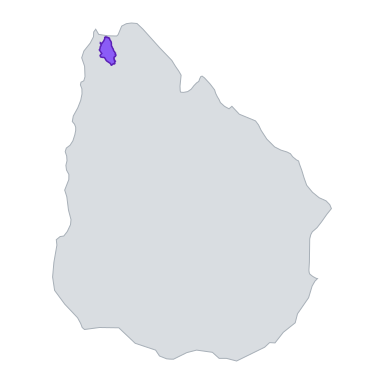 Tomás Gomensoro, Artigas, Uruguay (highlighted)
{"feature_id": "84410073B21516970861413", "entity_name": "Tomás Gomensoro", "entity_type": "district", "adm_level": 2, "iso_a3": "URY", "parent_name": "Uruguay", "parent_adm1": "Artigas", "projection": "equal_earth", "projection_center": [-57.351, -30.496], "detail": "fine", "context": "in_parent", "style": "filled", "palette": "violet", "viewbox_px": 384, "rotation_deg": 0, "n_neighbors": 0, "source": "geoboundaries", "source_scale": "gbopen_adm2", "svg_char_len": 3033}
<svg xmlns="http://www.w3.org/2000/svg" viewBox="0 0 384 384"><path d="M317.5,278.6L314.9,281.2L312.1,286.1L308.6,297.7L297.5,313.8L295.2,322.8L283.3,332.3L275.0,342.9L269.6,342.6L264.7,347.2L236.6,361.0L226.6,358.4L219.2,358.4L212.4,352.3L196.6,350.1L186.8,352.6L173.5,359.2L169.5,359.1L166.6,358.8L159.5,356.0L155.6,350.1L135.2,343.3L118.8,327.8L99.4,327.5L84.5,329.5L82.2,327.5L80.7,323.5L77.6,317.8L64.7,304.1L54.6,290.4L52.6,277.0L53.9,262.4L56.9,245.1L56.3,239.7L60.1,236.6L63.8,236.0L67.3,231.5L70.5,224.7L71.0,219.6L68.5,210.1L66.8,196.7L64.7,190.1L68.8,179.6L68.9,174.5L66.5,170.0L65.9,165.4L67.0,160.7L66.7,156.1L65.2,151.7L66.3,148.1L70.1,145.2L72.9,140.8L74.8,134.9L75.7,130.4L75.7,127.3L74.6,124.3L72.3,121.5L73.3,116.0L77.8,107.8L80.7,100.4L82.0,94.0L81.9,88.8L80.4,84.9L81.0,82.2L83.8,80.8L85.0,76.7L84.6,66.3L81.7,57.8L83.9,51.0L90.2,43.1L93.5,36.8L93.7,32.0L95.7,29.2L98.7,34.4L107.7,35.8L116.7,36.0L118.1,34.7L121.7,26.1L126.3,23.7L131.4,23.0L137.0,23.5L142.9,29.1L159.5,47.6L171.8,60.4L175.5,66.4L178.7,71.0L181.1,75.2L180.0,86.1L180.2,90.9L180.7,92.2L183.5,92.4L187.7,91.6L191.2,89.2L193.9,85.7L196.6,82.9L198.8,81.4L199.6,79.0L200.8,76.6L202.1,76.1L204.5,77.9L210.2,84.1L214.6,89.9L215.6,93.2L217.3,96.7L219.1,99.7L220.4,102.6L224.6,106.4L229.0,108.8L231.9,106.3L239.3,114.2L255.5,120.9L258.5,124.9L261.2,130.5L266.8,139.1L274.6,146.9L280.9,150.1L287.0,152.0L290.4,153.7L292.6,156.7L296.3,159.8L298.6,161.0L299.4,163.9L301.7,170.1L304.1,178.0L306.7,185.3L312.5,192.3L319.1,197.7L326.0,200.8L329.8,204.7L331.4,208.6L326.7,214.5L321.5,221.9L317.0,227.7L312.3,231.8L310.8,234.6L309.7,238.9L309.4,261.8L308.9,270.4L309.2,272.6L309.8,274.1L312.7,276.4L316.1,278.3L317.5,278.6Z" fill="#d9dde1" stroke="#a8b0b8" stroke-width="1"/><path d="M100.1,55.3L100.3,56.2L100.6,56.9L101.1,57.1L101.6,57.2L102.3,57.4L103.1,57.4L104.1,57.5L104.5,57.7L105.2,58.7L106.0,60.2L106.7,61.0L108.5,62.2L109.7,63.0L110.3,63.4L111.0,64.7L111.3,65.2L111.6,65.2L111.8,65.1L112.3,64.6L112.7,64.2L113.3,63.8L113.4,63.6L113.6,63.6L113.8,63.7L114.0,64.0L114.6,63.8L114.9,63.3L114.8,62.7L114.7,62.2L115.1,61.6L115.4,61.2L115.1,60.9L114.8,60.9L114.5,60.8L114.4,60.7L114.5,60.2L114.5,59.8L114.2,59.6L114.0,59.3L114.0,59.1L114.2,58.9L114.2,58.7L113.8,58.2L113.8,57.9L114.0,57.8L114.3,57.2L114.3,56.8L114.5,56.6L114.9,56.7L115.2,56.5L115.4,56.3L115.9,55.3L116.0,55.0L115.9,54.9L115.7,54.8L115.3,54.7L115.2,54.5L115.3,54.0L115.4,53.5L115.5,53.2L115.2,53.0L114.8,52.5L114.6,51.8L114.3,51.4L113.7,50.9L113.5,50.4L113.3,49.1L112.7,48.4L112.4,47.6L112.2,47.0L111.6,46.3L111.4,44.9L111.4,43.3L111.2,42.0L110.5,40.7L109.8,39.7L109.5,38.5L109.3,38.6L109.1,38.5L108.7,37.7L108.2,37.8L108.0,37.6L107.4,37.3L107.3,37.5L107.2,37.5L106.9,37.5L106.8,37.4L106.7,37.3L106.6,37.2L106.4,37.2L106.2,37.2L106.0,37.3L105.9,37.3L105.7,37.3L105.7,37.2L105.7,36.9L104.7,37.4L104.7,38.8L103.8,40.8L101.8,43.6L100.4,42.7L100.3,43.4L101.1,44.7L101.1,45.7L100.4,46.3L100.1,47.9L99.9,49.1L99.3,49.9L101.8,53.5L100.1,55.3Z" fill="#8b5cf6" stroke="#5b21b6" stroke-width="1.5"/></svg>